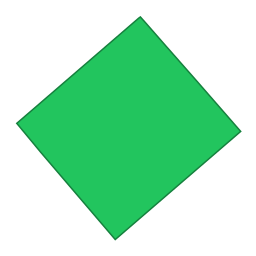 outline of Clinton, Missouri, United States of America, rotated 139°
{"feature_id": "52423323B8236601401244", "entity_name": "Clinton", "entity_type": "district", "adm_level": 2, "iso_a3": "USA", "parent_name": "United States of America", "parent_adm1": "Missouri", "projection": "natural_earth1", "projection_center": [-94.481, 39.601], "detail": "fine", "context": "isolated", "style": "filled", "palette": "green", "viewbox_px": 256, "rotation_deg": 139, "n_neighbors": 0, "source": "geoboundaries", "source_scale": "gbopen_adm2", "svg_char_len": 293}
<svg xmlns="http://www.w3.org/2000/svg" viewBox="0 0 256 256"><g transform="rotate(139 128 128)"><path d="M45.2,51.5L45.3,119.7L45.6,165.0L45.7,196.3L45.8,203.7L47.8,203.9L103.3,204.1L208.9,204.5L209.8,166.6L210.8,52.2L45.2,51.5Z" fill="#22c55e" stroke="#15803d" stroke-width="1.5"/></g></svg>